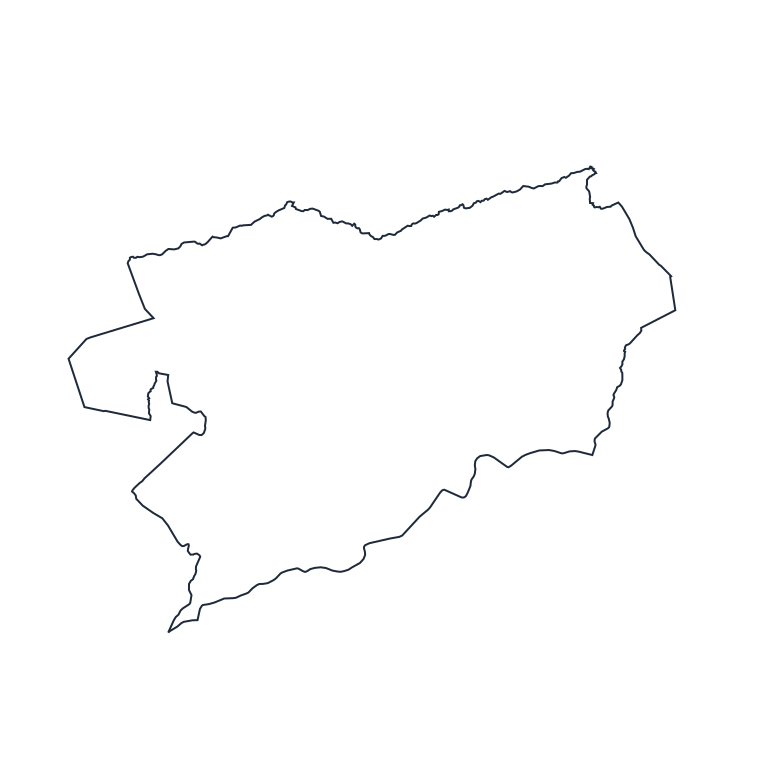 Kipipiri, Central, Kenya (Robinson projection), rotated 78°
{"feature_id": "3690345B3299927088893", "entity_name": "Kipipiri", "entity_type": "district", "adm_level": 2, "iso_a3": "KEN", "parent_name": "Kenya", "parent_adm1": "Central", "projection": "robinson", "projection_center": [36.521, -0.423], "detail": "fine", "context": "isolated", "style": "outline", "palette": "slate", "viewbox_px": 768, "rotation_deg": 78, "n_neighbors": 0, "source": "geoboundaries", "source_scale": "gbopen_adm2", "svg_char_len": 6159}
<svg xmlns="http://www.w3.org/2000/svg" viewBox="0 0 768 768"><g transform="rotate(78 384 384)"><path d="M293.7,687.3L344.3,681.8L352.3,663.8L352.3,662.2L370.7,620.2L366.9,618.9L363.7,620.0L360.1,618.9L358.7,619.2L356.4,618.8L354.6,617.8L352.8,617.9L351.4,617.3L349.9,618.0L349.2,616.6L347.1,617.6L344.9,616.8L343.7,616.1L342.5,613.7L341.4,613.7L340.5,612.9L339.9,610.6L338.5,610.1L337.4,609.0L336.0,608.3L333.5,606.0L332.4,606.1L329.8,605.5L328.9,604.5L327.4,604.3L324.6,604.6L325.0,603.1L326.8,601.8L330.3,593.2L336.5,595.2L358.8,595.1L365.4,582.1L371.0,577.6L372.6,575.4L373.1,574.0L372.5,570.9L372.8,568.9L377.9,566.5L379.2,565.4L382.6,565.9L388.0,567.9L389.2,567.8L391.0,568.3L394.3,570.3L395.2,571.5L396.0,573.1L395.5,575.2L391.8,580.3L392.3,581.5L415.4,619.1L426.5,637.9L428.8,640.7L430.1,643.7L433.6,649.5L435.6,652.0L436.8,652.8L438.9,651.2L441.4,650.0L444.8,650.2L452.8,645.3L462.3,636.4L469.2,628.8L477.5,624.7L495.3,618.7L499.1,616.5L500.6,615.1L500.9,613.6L499.8,609.8L500.1,608.5L501.5,608.5L505.3,610.3L506.7,610.6L510.6,608.8L511.2,606.1L510.8,604.7L511.0,602.2L513.3,600.0L514.8,599.7L523.4,605.8L526.0,606.5L527.4,606.4L530.6,607.9L532.5,609.7L535.3,611.5L536.3,613.8L539.0,616.3L544.9,617.6L550.5,616.2L557.7,619.0L558.8,620.0L561.6,627.3L563.2,630.0L566.9,633.0L568.7,636.2L571.5,638.8L582.2,646.7L581.1,644.6L578.4,636.8L575.7,631.8L575.0,629.3L575.3,620.5L576.2,615.5L565.8,610.8L563.0,608.2L562.5,606.9L562.9,601.1L562.5,595.3L560.6,584.9L562.1,576.2L562.3,573.2L561.1,568.0L560.4,562.6L559.8,560.0L556.5,555.1L554.3,550.2L553.7,547.6L554.4,543.7L554.6,539.1L553.0,533.2L551.9,530.5L547.9,524.7L547.3,523.2L546.4,517.4L546.2,507.5L546.7,506.2L550.3,502.1L551.4,500.3L551.1,498.1L549.7,494.5L549.5,489.8L550.1,484.1L551.9,479.1L555.8,473.2L557.8,468.4L558.7,465.4L558.7,461.5L558.2,457.1L556.7,453.4L554.0,444.6L550.9,440.4L547.3,438.0L544.7,437.6L540.3,437.7L539.2,437.4L537.8,436.1L536.7,431.3L536.4,410.7L536.7,400.7L536.0,397.7L521.1,376.6L516.0,366.9L514.4,364.7L502.1,351.9L500.3,349.5L499.9,348.2L500.0,346.9L510.8,332.1L511.5,330.6L511.5,328.9L510.6,327.1L508.1,325.0L501.8,320.7L497.1,319.1L495.5,318.1L493.1,315.5L490.8,313.9L486.3,312.3L482.5,312.1L478.4,310.7L476.0,308.2L474.5,304.9L474.8,298.2L475.7,295.9L478.7,291.8L490.6,280.9L491.3,279.6L490.3,276.6L483.8,264.2L482.7,260.1L482.0,255.2L481.3,245.9L482.9,236.3L485.0,231.2L488.6,225.0L489.1,223.0L488.5,216.6L489.3,211.1L490.5,207.9L496.8,195.0L488.2,190.0L486.8,189.7L484.1,190.0L482.4,189.6L481.1,188.9L475.9,180.9L474.0,174.5L473.4,173.2L472.4,172.4L468.9,171.3L464.1,171.4L462.6,171.8L459.5,171.5L457.9,170.9L456.5,170.1L453.3,165.6L452.1,164.8L448.6,164.0L445.6,161.8L444.3,161.5L442.6,161.9L441.1,160.9L438.1,158.0L435.6,156.6L434.8,153.9L433.6,152.3L429.7,150.0L422.8,148.6L421.0,149.3L419.6,149.0L417.4,149.8L416.0,148.0L414.3,146.7L411.7,146.2L409.7,144.2L407.1,142.9L403.7,142.1L402.6,141.4L401.6,142.4L400.7,141.9L399.8,140.8L398.4,140.8L397.3,140.0L396.3,138.9L396.1,136.6L395.4,135.0L389.1,126.2L387.4,123.2L385.3,121.2L382.5,120.8L372.4,83.7L338.7,81.8L338.3,80.7L325.8,88.7L324.8,89.9L312.6,97.3L309.4,100.2L306.8,101.9L291.8,107.1L283.0,108.0L273.7,109.7L259.9,114.4L255.2,117.1L256.8,124.3L257.7,125.5L257.2,129.0L258.0,133.7L257.7,135.3L255.5,136.1L255.8,137.2L255.1,139.0L255.1,141.1L254.2,141.8L253.1,141.6L252.1,142.7L250.6,141.9L249.8,144.8L245.3,144.2L244.0,143.5L238.9,143.3L237.8,143.5L234.8,145.2L233.4,145.2L230.9,143.9L226.5,143.0L223.9,139.5L223.9,138.1L223.1,137.0L222.5,134.5L221.7,133.8L221.8,132.7L220.3,133.1L219.1,134.6L218.0,135.1L217.3,134.0L216.4,134.9L216.0,136.5L214.8,135.9L214.2,137.0L216.4,139.0L215.7,140.7L215.6,142.5L217.1,148.3L216.7,150.7L217.1,154.4L216.7,157.2L218.6,159.6L220.1,163.2L219.0,164.6L219.5,167.5L222.1,170.5L222.0,171.7L223.0,172.4L222.4,175.2L222.8,178.4L222.2,184.9L223.4,187.7L222.7,190.5L222.6,192.0L223.9,196.8L223.0,198.7L221.1,201.4L219.3,206.7L222.0,210.4L223.2,214.2L223.4,218.3L222.8,219.6L221.6,220.5L221.8,223.7L220.2,226.0L222.2,230.6L221.6,232.2L223.5,238.7L223.6,240.1L225.4,244.1L224.0,245.2L224.2,247.1L225.4,248.4L225.1,250.4L226.2,251.8L224.5,253.6L224.6,255.3L225.7,256.5L225.9,258.6L228.0,260.3L229.5,263.5L229.2,267.6L228.3,269.1L225.5,269.2L224.5,269.8L225.1,271.5L225.0,272.7L226.1,273.4L226.9,274.8L227.6,280.0L228.5,281.1L228.8,282.9L228.5,284.7L226.8,284.4L226.9,286.1L226.1,288.0L226.9,291.5L227.0,294.5L229.4,295.3L229.8,296.4L229.5,297.9L230.8,300.2L229.6,301.2L229.6,302.8L228.7,304.3L230.0,308.1L230.2,311.8L231.7,314.1L233.4,318.9L233.5,320.4L233.0,321.9L233.3,323.0L234.0,323.9L235.1,324.5L234.9,326.1L234.1,327.9L236.6,334.3L237.6,335.5L238.5,339.6L240.3,342.2L240.2,343.6L238.4,347.2L238.3,348.8L239.1,351.1L239.2,352.7L238.8,354.5L241.0,356.6L241.6,359.2L240.8,360.7L240.2,363.2L237.8,364.4L236.7,365.9L234.5,367.2L233.3,367.2L232.3,373.5L231.6,374.7L230.6,375.4L227.7,375.5L226.3,376.2L226.2,377.7L225.3,378.7L224.2,379.3L222.0,379.0L221.0,379.8L222.7,382.2L221.2,383.0L220.2,384.3L219.4,385.9L219.0,387.7L216.3,390.9L216.2,393.6L217.1,396.0L215.9,398.2L215.8,400.0L211.4,401.3L210.7,404.9L207.7,408.0L206.6,410.6L202.2,411.0L201.0,411.9L197.6,417.3L197.3,419.8L198.0,422.5L197.3,425.3L198.2,427.0L197.8,428.5L194.5,433.8L192.8,433.9L190.7,437.0L187.7,434.5L187.4,435.9L186.1,437.3L185.8,439.3L186.0,440.9L188.2,442.5L188.8,443.7L191.1,444.9L192.3,451.1L193.4,454.2L194.4,455.9L195.9,456.6L196.7,457.7L197.0,459.0L194.3,462.4L194.8,463.5L194.7,465.8L195.7,469.0L196.8,471.1L198.3,477.0L200.7,481.0L199.5,489.0L199.7,490.2L199.1,491.7L200.0,496.4L199.7,499.5L207.0,505.8L206.7,507.0L207.6,513.5L205.7,517.6L205.0,520.1L204.2,521.1L208.7,527.2L210.2,530.1L210.2,531.8L210.5,533.1L208.3,535.1L208.2,536.6L207.5,537.7L205.6,539.2L205.2,540.3L204.0,550.1L204.9,552.9L207.1,554.7L208.6,557.0L208.7,561.3L207.1,566.8L208.3,569.7L211.1,574.2L211.4,576.4L211.0,577.9L209.8,579.9L208.5,583.1L207.9,588.7L209.3,593.0L209.3,594.4L209.2,596.3L208.3,598.9L209.0,600.4L208.6,602.3L207.3,603.1L207.2,604.9L207.7,606.3L209.6,606.8L210.9,608.6L212.6,609.6L244.8,605.0L260.8,602.3L271.7,595.7L277.4,661.6L278.1,665.7L293.7,687.3Z" fill="none" stroke="#1e293b" stroke-width="2"/></g></svg>